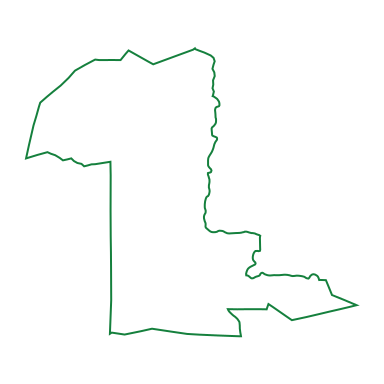 Santa Catalina La Tinta, Alta Verapaz, Guatemala (orthographic projection), rotated 181°
{"feature_id": "79465075B69051418753494", "entity_name": "Santa Catalina La Tinta", "entity_type": "district", "adm_level": 2, "iso_a3": "GTM", "parent_name": "Guatemala", "parent_adm1": "Alta Verapaz", "projection": "orthographic", "projection_center": [-89.869, 15.251], "detail": "fine", "context": "isolated", "style": "outline", "palette": "green", "viewbox_px": 384, "rotation_deg": 181, "n_neighbors": 0, "source": "geoboundaries", "source_scale": "gbopen_adm2", "svg_char_len": 4305}
<svg xmlns="http://www.w3.org/2000/svg" viewBox="0 0 384 384"><g transform="rotate(181 192 192)"><path d="M271.6,48.8L269.8,50.0L256.9,48.3L240.3,52.0L229.6,54.6L210.0,52.0L194.4,50.0L182.3,49.5L163.6,49.0L143.6,48.6L140.5,48.6L140.7,49.7L141.3,52.7L141.5,54.2L141.8,56.2L141.9,59.3L142.2,62.1L142.4,63.0L143.2,64.2L144.5,66.0L146.6,67.9L148.5,69.2L149.9,70.4L151.4,71.8L152.8,73.2L153.6,74.4L154.1,75.5L144.8,75.5L134.2,75.8L124.0,76.0L115.3,76.0L115.0,77.1L113.6,81.3L109.4,78.6L104.6,75.4L95.2,69.1L89.9,65.6L75.7,68.9L63.0,72.1L52.5,74.8L42.8,77.2L33.0,79.7L25.5,81.7L38.4,86.9L50.2,91.4L52.9,97.7L56.1,105.1L56.6,106.2L62.3,106.3L63.3,106.2L63.8,107.8L64.2,108.7L64.6,109.5L65.3,110.3L67.1,111.4L67.9,111.7L69.4,111.9L70.6,111.5L71.7,110.6L72.3,110.0L72.7,109.3L73.1,108.5L74.0,107.5L75.0,107.6L76.2,107.9L77.3,108.6L78.3,109.2L79.1,109.4L80.3,109.7L81.7,109.9L83.2,110.1L84.8,110.2L86.1,110.2L87.7,109.9L88.8,109.8L89.8,109.7L90.7,109.8L91.6,110.0L92.3,110.2L93.3,110.5L94.2,110.6L95.2,110.8L97.1,110.9L98.3,110.9L103.7,110.3L108.6,110.3L112.3,109.9L113.1,109.9L114.2,110.0L115.3,110.2L116.8,110.7L117.7,111.0L118.4,111.4L119.5,112.2L120.4,112.5L121.3,112.2L122.2,111.3L122.6,110.3L123.2,109.6L124.1,109.2L124.9,108.9L126.0,108.6L127.2,108.1L128.3,107.4L129.6,106.8L130.8,106.7L131.7,107.1L132.5,107.8L134.0,109.0L135.1,109.5L136.3,109.6L136.5,111.1L136.0,113.3L135.3,115.1L134.8,116.0L134.2,116.7L133.3,117.5L132.1,118.3L130.4,119.2L128.7,120.1L127.6,120.7L127.2,121.6L127.5,122.7L128.2,123.3L129.0,124.2L129.5,124.8L129.9,125.8L130.1,127.0L130.1,127.9L130.0,129.0L129.7,130.4L129.3,131.7L128.7,132.8L128.1,133.6L127.5,134.1L126.1,134.2L125.3,134.2L124.3,134.0L123.0,134.4L122.8,135.6L122.9,137.2L123.3,147.3L123.2,148.5L123.0,149.4L124.1,150.1L126.2,150.7L127.5,151.2L128.3,151.6L129.4,151.8L130.9,152.0L132.0,152.0L133.2,152.3L134.4,152.6L135.6,153.0L136.9,153.3L137.7,153.3L138.4,153.3L139.5,152.8L140.6,152.6L142.0,152.2L144.0,151.9L147.8,151.7L154.2,151.2L155.2,151.3L156.1,151.4L157.3,151.9L158.5,152.4L159.8,153.2L161.1,153.6L162.4,153.7L163.7,153.8L165.0,153.5L166.3,152.7L167.8,152.3L169.1,152.2L170.6,152.2L171.9,152.4L173.2,153.0L174.4,153.9L175.8,155.1L176.9,156.0L177.6,156.7L177.9,157.7L177.8,159.5L177.9,161.0L178.2,161.8L178.8,163.1L179.1,164.3L179.5,165.6L179.6,166.9L179.6,167.8L179.4,168.6L179.1,169.6L178.1,171.4L178.0,172.5L178.0,173.6L178.4,174.9L178.9,176.3L179.0,177.9L179.0,180.1L178.7,183.0L178.0,185.8L177.5,187.0L176.7,187.8L175.8,188.3L175.4,189.0L175.0,189.8L174.6,191.5L174.4,193.0L174.5,194.2L174.8,195.5L175.2,196.7L175.2,198.0L175.2,199.1L174.9,200.7L174.7,202.3L174.7,203.3L174.8,205.0L175.2,206.1L175.7,207.9L176.1,208.9L176.4,209.7L176.4,211.2L174.7,211.7L173.9,211.9L173.3,212.4L172.9,213.9L173.5,215.2L174.5,216.1L175.0,216.7L175.6,217.4L176.2,218.4L176.4,219.1L176.5,224.0L176.3,226.1L175.8,227.4L175.0,228.9L173.7,231.0L172.8,232.6L172.3,233.8L171.8,235.1L171.4,236.3L171.1,237.5L170.8,238.8L170.5,240.1L170.2,240.8L169.5,242.4L168.0,244.6L167.8,245.5L168.1,246.8L169.3,247.4L170.1,247.7L171.0,248.0L172.5,248.7L172.9,249.4L173.0,250.8L173.4,254.3L173.5,255.9L173.0,257.0L172.3,257.6L171.5,258.3L170.8,259.1L170.3,259.9L169.7,260.7L169.3,261.9L169.2,263.2L169.2,264.5L169.3,265.7L169.7,266.8L169.8,268.1L169.9,269.9L170.1,272.0L170.3,273.5L170.4,274.4L170.2,275.5L169.8,276.7L168.8,277.5L167.7,277.8L166.5,278.3L166.1,279.1L166.1,280.5L166.3,281.8L166.6,282.8L167.4,284.0L168.5,285.5L169.9,286.5L172.2,288.0L173.0,288.2L172.7,289.2L171.9,292.8L173.3,296.1L172.6,299.7L172.9,304.0L171.3,308.3L171.8,312.0L173.7,315.5L172.7,319.7L171.6,323.1L172.8,326.5L175.6,328.8L182.0,331.6L187.2,333.4L191.2,334.9L191.6,335.7L193.4,334.3L211.6,327.3L233.0,319.0L238.3,321.8L257.9,332.4L260.7,329.1L265.7,322.7L277.3,322.5L287.3,322.3L291.1,322.7L293.0,321.7L297.5,319.2L301.5,317.0L311.1,311.3L314.6,307.2L317.3,304.0L325.2,296.1L332.9,289.7L338.9,284.5L345.3,278.7L346.5,274.7L349.0,265.1L351.6,255.9L353.7,246.0L355.8,236.2L358.5,222.7L347.1,226.4L337.2,229.3L333.8,227.8L329.4,226.4L324.9,223.8L321.6,221.4L317.3,222.4L313.3,223.5L310.6,220.9L307.1,219.0L303.0,218.2L300.3,215.8L296.5,216.8L293.0,217.9L289.4,218.1L274.1,220.8L273.6,207.2L273.1,172.0L272.5,146.1L272.0,130.5L271.6,114.5L270.9,82.4L271.6,48.8Z" fill="none" stroke="#15803d" stroke-width="2"/></g></svg>